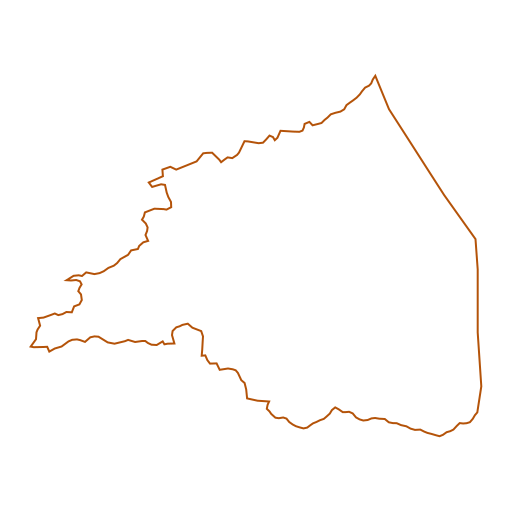 the district of Monteiro, Paraíba, Brazil
{"feature_id": "56859067B82633114024292", "entity_name": "Monteiro", "entity_type": "district", "adm_level": 2, "iso_a3": "BRA", "parent_name": "Brazil", "parent_adm1": "Paraíba", "projection": "mercator", "projection_center": [-37.158, -7.889], "detail": "fine", "context": "isolated", "style": "outline", "palette": "amber", "viewbox_px": 512, "rotation_deg": 0, "n_neighbors": 0, "source": "geoboundaries", "source_scale": "gbopen_adm2", "svg_char_len": 2895}
<svg xmlns="http://www.w3.org/2000/svg" viewBox="0 0 512 512"><path d="M444.1,195.0L430.0,173.1L404.5,133.3L389.0,109.2L375.3,75.8L372.8,79.5L371.2,83.4L369.0,85.7L365.1,87.6L362.0,91.3L359.9,94.3L356.6,97.7L352.8,100.6L350.2,102.4L346.5,105.1L344.2,109.3L340.4,111.6L335.4,112.8L330.8,114.3L327.5,117.6L324.6,119.9L321.5,123.0L318.2,123.9L312.6,125.3L309.4,121.9L304.6,123.9L303.9,127.5L302.5,130.6L299.4,131.8L293.2,131.6L280.5,130.8L277.4,137.8L274.8,140.2L273.0,137.1L269.5,135.6L266.2,139.4L263.0,142.7L258.6,143.2L247.8,141.4L244.5,141.2L239.0,152.6L237.1,154.9L232.3,158.1L227.6,157.4L224.6,159.5L221.1,162.2L219.3,159.7L212.1,152.7L206.8,152.9L203.2,153.3L196.6,161.4L176.2,169.6L170.3,166.8L162.4,169.6L162.9,176.2L148.8,182.5L152.1,186.9L161.1,184.3L165.0,184.9L166.7,192.6L168.3,197.0L171.0,202.0L171.2,207.2L166.5,209.6L163.6,209.1L154.4,208.7L144.9,212.4L143.8,216.6L142.0,219.7L145.8,223.5L147.6,227.4L147.1,231.0L145.5,235.0L148.1,240.9L143.3,242.3L139.2,245.9L137.9,249.0L131.1,250.4L128.1,254.8L120.4,259.1L117.1,263.1L113.8,265.7L108.4,267.9L103.8,271.2L99.6,273.1L94.4,274.1L86.2,272.4L82.0,276.0L78.7,275.3L73.6,275.8L66.6,280.2L71.0,280.5L76.2,280.0L80.0,281.3L81.6,284.4L79.5,287.9L78.3,291.2L81.0,294.4L81.8,300.0L79.4,304.4L74.1,306.4L71.8,312.3L66.4,312.0L62.5,314.1L58.3,315.1L54.8,313.5L49.7,315.4L43.5,317.6L38.1,318.1L40.1,325.7L37.6,329.5L36.5,332.3L36.0,339.2L30.7,346.6L33.7,347.2L43.2,347.0L47.2,346.8L49.3,351.6L54.8,348.5L61.6,346.5L68.5,341.4L72.2,339.8L77.0,339.4L80.1,340.1L85.0,341.9L90.3,337.3L94.5,336.4L98.5,336.7L107.7,342.4L114.5,343.7L124.9,341.2L128.1,339.9L135.1,342.0L142.1,341.0L145.3,341.0L147.9,343.0L151.5,344.7L156.7,345.0L162.7,341.4L164.4,344.3L167.6,343.7L174.4,343.5L172.0,335.1L172.6,331.0L176.3,327.3L179.6,326.3L182.4,324.9L187.8,323.7L192.4,327.7L201.2,331.1L203.0,336.4L202.7,341.0L202.2,350.0L201.7,355.7L205.3,355.4L207.4,360.2L210.0,363.6L216.6,363.4L219.7,369.8L228.0,368.5L232.8,369.3L235.7,370.3L237.9,372.9L241.3,380.2L244.6,383.0L246.2,389.5L247.1,398.4L257.5,400.7L269.1,401.5L267.6,404.8L266.8,408.8L269.5,411.4L271.2,413.9L275.4,417.7L278.8,418.2L283.2,417.5L286.5,418.6L289.2,422.0L292.7,424.5L295.9,426.2L299.7,427.4L303.5,428.4L307.2,427.6L310.5,425.1L313.1,423.3L316.4,422.0L320.0,420.2L323.8,418.9L326.4,416.7L329.8,413.6L331.9,410.1L335.2,407.4L338.7,409.3L342.7,412.1L345.8,412.1L349.1,411.8L352.7,413.4L356.0,417.4L359.6,419.4L363.3,420.5L367.7,420.0L371.5,418.4L375.1,418.0L379.3,418.7L384.8,419.0L388.8,422.3L392.8,423.1L396.7,423.2L401.0,425.1L406.4,426.3L410.5,428.6L415.0,429.9L420.3,429.6L424.2,431.6L427.4,432.9L431.4,433.9L436.5,435.4L439.6,436.2L443.0,434.8L446.6,432.2L450.2,431.2L453.4,429.6L456.9,425.8L459.7,423.1L463.2,423.5L466.6,423.2L469.9,422.2L472.8,418.8L474.9,415.2L477.3,412.4L481.3,386.4L477.7,332.5L477.7,269.5L475.5,239.1L444.1,195.0Z" fill="none" stroke="#b45309" stroke-width="2"/></svg>